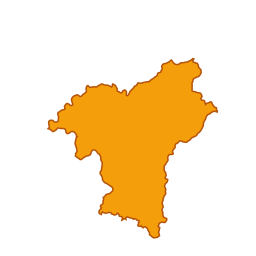 outline of Botumirim, Minas Gerais, Brazil, rotated 204°
{"feature_id": "56859067B82959526320551", "entity_name": "Botumirim", "entity_type": "district", "adm_level": 2, "iso_a3": "BRA", "parent_name": "Brazil", "parent_adm1": "Minas Gerais", "projection": "mercator", "projection_center": [-43.005, -16.951], "detail": "fine", "context": "isolated", "style": "filled", "palette": "amber", "viewbox_px": 256, "rotation_deg": 204, "n_neighbors": 0, "source": "geoboundaries", "source_scale": "gbopen_adm2", "svg_char_len": 5718}
<svg xmlns="http://www.w3.org/2000/svg" viewBox="0 0 256 256"><g transform="rotate(204 128 128)"><path d="M95.9,217.9L96.9,217.8L97.4,217.0L97.9,215.9L98.5,215.0L100.4,212.8L101.4,211.9L102.7,211.2L104.9,209.5L106.2,209.1L107.5,207.0L108.3,206.3L109.5,205.7L110.9,205.4L112.1,205.9L113.5,206.1L114.7,207.1L115.8,207.8L116.7,206.8L117.2,205.5L117.8,204.4L118.7,203.7L119.3,202.6L121.7,201.0L122.2,199.8L122.4,198.6L122.0,197.5L121.1,196.5L120.7,195.2L121.1,194.0L120.8,192.4L121.5,191.6L122.6,190.9L123.1,189.9L122.8,188.4L123.0,187.0L124.3,185.3L124.8,184.0L125.6,182.8L126.4,181.7L127.2,180.2L127.6,178.7L128.6,178.5L129.4,178.0L130.3,177.3L132.0,176.2L132.7,175.6L133.5,174.8L134.6,174.0L136.0,173.7L137.2,173.3L137.7,170.4L139.2,168.4L139.2,167.1L140.0,165.1L141.1,161.8L141.0,160.3L141.1,158.6L141.6,157.3L142.6,157.2L143.3,158.0L143.5,159.0L143.9,160.2L144.8,160.7L145.5,161.5L146.6,161.3L147.4,160.5L147.9,159.6L148.0,158.0L148.6,157.2L149.7,157.0L150.6,157.4L153.0,157.4L153.9,159.5L154.8,160.1L156.9,161.8L158.4,162.0L159.9,162.0L159.8,160.8L159.2,159.8L159.6,158.8L160.8,158.9L162.0,158.9L163.4,158.9L164.5,158.7L167.2,157.6L168.7,157.8L170.1,157.5L171.5,155.4L172.5,154.6L172.8,153.5L173.7,152.5L174.9,152.2L176.2,151.6L179.4,149.6L180.5,149.9L181.8,150.5L182.6,149.8L182.6,148.1L182.3,146.8L181.1,144.9L180.8,144.0L181.7,142.0L182.5,141.0L183.4,138.4L184.4,137.2L187.3,137.8L188.5,137.3L190.3,135.3L190.9,134.3L191.4,132.6L191.3,131.0L189.4,128.6L188.4,127.6L188.0,126.4L188.8,125.4L190.2,125.3L191.2,125.7L192.2,125.8L193.7,125.6L194.5,124.4L194.9,122.0L193.3,119.8L194.3,118.5L195.5,117.7L196.1,117.0L197.2,115.0L198.1,113.9L198.2,112.6L197.3,111.5L196.4,110.7L195.9,109.7L195.1,107.3L194.5,106.1L195.2,105.0L195.9,104.1L196.9,103.8L198.3,103.8L199.6,104.3L200.8,104.1L202.3,103.3L203.0,102.0L202.8,100.7L201.1,98.1L200.5,97.2L200.1,96.3L200.7,94.9L199.3,95.1L198.0,94.9L195.6,94.2L194.7,94.4L193.4,96.2L192.7,97.6L192.3,99.3L191.4,99.7L189.3,100.2L186.7,101.3L185.5,101.5L184.2,100.8L182.6,98.6L181.2,98.1L180.4,98.6L178.9,100.5L178.3,101.8L177.5,102.2L175.9,102.4L175.0,102.3L174.0,101.7L172.4,101.0L171.9,99.6L170.9,99.5L171.4,98.1L170.4,93.7L170.3,92.7L169.5,91.6L168.3,90.4L167.5,89.3L166.5,88.3L166.1,87.4L165.0,86.1L165.4,83.5L165.0,81.9L164.4,80.8L163.4,80.8L161.4,80.2L160.2,80.1L159.1,79.7L158.0,80.0L157.2,81.3L157.0,82.3L156.1,83.2L155.4,84.4L154.6,85.4L153.0,86.5L151.9,87.7L151.4,89.1L151.8,90.8L151.7,91.9L151.5,93.0L150.9,93.8L149.9,94.3L148.6,94.2L147.4,94.0L145.0,92.4L143.8,92.5L142.8,91.9L141.7,91.0L140.8,90.0L140.4,88.6L139.7,87.8L138.9,86.9L137.9,86.4L137.1,85.2L136.7,84.1L136.4,82.9L136.0,81.7L135.8,80.7L135.1,78.8L135.5,76.6L135.1,75.3L133.8,74.2L132.6,73.5L131.8,72.8L131.2,72.1L130.6,71.0L129.6,69.8L127.1,68.6L124.6,68.6L122.4,68.2L119.0,67.6L117.8,67.1L116.8,65.9L116.5,64.7L116.8,63.4L118.0,60.9L118.7,60.2L120.3,59.0L121.0,58.1L121.6,55.6L122.4,54.6L121.6,53.4L121.0,52.6L121.2,51.5L120.3,49.2L120.3,48.0L121.2,46.9L121.5,45.5L120.8,44.6L119.8,44.2L120.6,41.2L120.5,39.6L119.5,38.2L118.2,38.1L117.2,38.1L117.4,39.4L117.2,41.0L115.9,40.7L113.9,41.0L112.9,41.6L112.1,42.4L111.2,43.0L110.1,43.5L108.8,43.5L108.0,42.8L107.0,43.0L105.9,42.9L104.9,43.0L104.0,43.7L103.4,44.4L103.1,45.8L102.3,46.0L101.0,45.1L99.9,43.9L97.7,44.4L96.5,43.9L96.1,41.3L95.3,42.3L94.8,43.3L93.8,43.9L92.7,43.7L93.3,44.7L93.4,45.8L92.1,46.6L90.9,46.6L89.5,46.7L88.1,47.2L86.8,47.2L85.8,46.8L84.7,48.0L83.4,48.0L82.5,47.5L81.5,47.5L80.4,47.8L79.6,46.8L80.0,45.7L79.3,44.6L79.6,43.8L79.1,42.7L77.7,42.7L76.9,43.1L76.4,44.0L75.4,43.8L74.6,43.0L73.4,43.1L73.0,44.3L72.2,44.7L70.8,44.5L69.4,44.0L67.6,42.3L66.6,41.7L65.6,40.8L65.0,39.3L64.0,39.0L62.9,38.9L61.7,38.3L60.5,38.1L59.5,38.2L58.3,39.1L57.3,39.6L56.5,40.3L56.2,41.2L55.4,42.4L56.4,43.8L57.5,44.9L57.9,46.2L57.8,47.1L58.2,48.2L58.2,49.3L58.8,50.1L59.7,49.9L60.6,50.6L60.3,51.9L60.9,52.9L59.8,54.9L58.9,55.6L57.9,56.1L56.4,56.3L55.5,57.4L55.2,59.3L55.4,60.4L56.0,61.1L57.3,60.9L59.8,61.3L60.6,62.8L61.6,63.6L61.5,64.7L63.4,66.4L63.8,67.7L63.9,68.8L63.7,69.9L64.1,71.0L65.0,71.6L66.4,73.7L66.6,76.2L66.9,77.3L67.3,79.9L67.2,81.0L66.9,81.9L66.8,83.5L67.7,84.5L68.2,85.8L68.5,87.3L69.2,88.1L70.0,88.7L71.0,89.7L71.2,92.2L70.6,93.6L70.3,94.8L70.3,95.8L70.8,97.1L72.4,97.0L73.5,97.3L74.0,98.0L73.8,99.3L74.0,100.6L74.9,101.6L75.7,102.8L77.1,103.4L77.9,104.4L78.7,106.2L79.4,107.2L78.7,111.9L78.5,113.5L78.3,114.7L80.0,117.9L79.8,118.9L79.7,120.0L78.6,121.1L77.5,121.5L76.3,122.2L76.4,123.3L77.3,123.8L77.8,124.9L77.9,126.3L77.4,127.9L77.0,129.3L77.4,130.2L78.0,131.5L77.8,133.0L76.6,134.3L76.2,135.7L75.5,137.2L74.4,137.8L73.4,137.8L72.1,137.7L70.9,138.1L69.7,138.3L68.5,139.0L67.5,141.0L66.8,141.9L66.3,142.9L66.2,143.9L65.7,144.9L64.9,146.0L64.0,146.9L63.5,147.7L62.6,148.5L62.2,149.9L62.1,151.5L61.2,152.9L60.7,154.3L60.4,155.9L60.2,157.7L60.2,159.2L60.1,160.1L60.3,161.1L61.1,163.4L61.2,164.4L61.0,165.5L61.0,166.5L60.7,167.7L61.1,169.2L60.9,171.8L60.1,173.2L59.3,173.9L58.8,174.7L58.3,176.0L56.8,177.8L55.7,178.5L54.5,178.7L53.0,178.9L53.3,179.9L54.2,180.4L54.8,181.1L55.4,182.4L56.9,182.3L58.2,182.7L59.4,183.3L60.4,184.0L62.0,185.4L63.0,185.7L64.1,184.4L65.2,183.3L66.3,182.5L66.6,181.1L67.7,182.0L68.4,183.0L69.0,183.8L70.1,184.0L71.3,183.7L72.4,183.6L73.5,184.6L73.4,185.7L73.1,186.6L73.9,187.8L74.9,188.7L76.1,189.3L77.3,189.1L78.5,188.7L79.6,188.5L81.6,188.4L83.0,188.0L84.3,187.9L85.0,188.6L85.2,189.6L85.8,190.7L86.8,193.2L87.6,194.6L87.8,195.6L87.6,196.7L88.1,198.0L88.2,199.4L87.6,200.3L85.5,202.9L84.5,203.7L83.9,205.0L83.6,208.3L84.4,209.5L85.0,210.8L87.4,211.8L88.5,212.5L89.1,213.7L90.1,214.6L91.1,215.3L92.3,214.8L93.4,215.1L94.3,214.8L95.3,214.8L96.2,215.6L95.9,217.9Z" fill="#f59e0b" stroke="#b45309" stroke-width="1.5"/></g></svg>